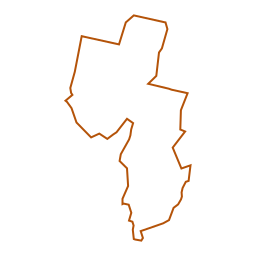 Sagadahoc, Maine, United States of America (Albers equal-area conic projection)
{"feature_id": "52423323B29513042802619", "entity_name": "Sagadahoc", "entity_type": "district", "adm_level": 2, "iso_a3": "USA", "parent_name": "United States of America", "parent_adm1": "Maine", "projection": "albers", "projection_center": [-69.847, 43.935], "detail": "fine", "context": "isolated", "style": "outline", "palette": "amber", "viewbox_px": 256, "rotation_deg": 0, "n_neighbors": 0, "source": "geoboundaries", "source_scale": "gbopen_adm2", "svg_char_len": 900}
<svg xmlns="http://www.w3.org/2000/svg" viewBox="0 0 256 256"><path d="M81.7,36.2L74.8,71.8L70.3,88.0L71.1,92.9L72.4,94.9L65.5,100.7L67.0,101.9L71.5,108.1L76.5,122.5L91.1,137.4L99.3,133.6L107.3,138.9L113.3,134.4L116.5,132.3L127.0,118.8L133.1,123.1L131.2,129.4L130.4,135.3L129.1,139.4L120.8,154.2L119.6,161.0L127.0,168.3L128.1,186.0L122.5,198.8L122.5,204.1L123.7,203.6L128.7,204.7L131.3,212.8L129.0,220.6L132.4,221.7L133.6,225.5L132.8,229.7L133.8,239.0L135.1,239.5L141.3,240.6L142.9,238.0L140.7,231.1L163.2,223.3L169.0,220.1L173.6,207.8L178.1,204.4L181.0,199.4L181.9,196.6L181.6,192.4L182.6,188.0L185.8,181.8L188.6,180.9L190.5,165.3L181.4,168.5L172.7,147.6L185.1,131.5L180.3,129.5L180.9,110.2L187.6,93.2L171.6,89.7L168.8,88.7L148.2,83.8L156.3,75.9L159.0,52.5L161.9,48.4L167.4,29.1L165.5,22.4L164.3,22.2L133.8,15.4L125.8,22.4L119.0,44.4L81.7,36.2Z" fill="none" stroke="#b45309" stroke-width="2"/></svg>